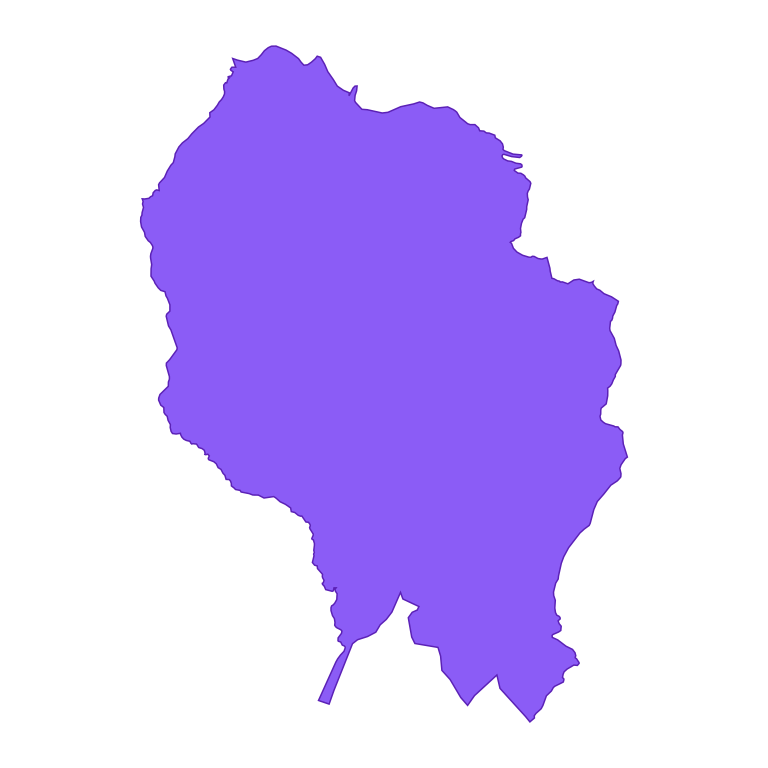 outline of Ilovita, Mehedinti, Romania
{"feature_id": "2599482B41781803047638", "entity_name": "Ilovita", "entity_type": "district", "adm_level": 2, "iso_a3": "ROU", "parent_name": "Romania", "parent_adm1": "Mehedinti", "projection": "mercator", "projection_center": [22.488, 44.769], "detail": "fine", "context": "isolated", "style": "filled", "palette": "violet", "viewbox_px": 768, "rotation_deg": 0, "n_neighbors": 0, "source": "geoboundaries", "source_scale": "gbopen_adm2", "svg_char_len": 6081}
<svg xmlns="http://www.w3.org/2000/svg" viewBox="0 0 768 768"><path d="M318.5,700.5L329.1,704.1L333.9,690.5L352.5,643.7L357.6,639.7L367.6,636.5L375.8,632.2L380.2,624.8L386.3,619.4L391.9,612.1L400.5,592.4L402.9,599.0L418.9,606.5L417.3,610.0L412.2,612.3L408.3,617.7L411.7,637.0L414.9,643.5L438.0,647.4L440.6,656.1L441.9,670.4L450.1,679.5L460.8,697.6L467.6,705.4L474.5,695.6L496.9,675.0L500.0,688.4L525.6,716.6L529.9,721.9L534.4,718.0L534.3,715.7L536.0,713.4L541.2,708.7L542.9,705.5L546.4,695.8L551.4,691.0L553.3,687.6L554.7,686.3L563.3,682.0L563.9,679.7L563.7,678.6L562.5,677.6L563.1,674.3L564.1,671.8L567.2,669.0L573.8,665.1L577.4,665.4L579.1,663.4L579.0,662.5L576.5,658.7L575.3,657.9L575.2,657.2L575.8,655.8L575.0,652.7L572.5,649.4L566.0,646.2L557.7,639.9L552.3,637.4L552.1,635.4L552.9,634.5L558.6,632.0L560.8,630.5L561.2,626.2L559.1,623.6L558.1,620.8L560.2,618.9L560.0,617.4L558.9,616.2L556.8,615.2L555.5,612.6L554.8,608.0L555.3,600.3L553.7,595.5L553.5,592.1L555.7,583.1L558.2,579.0L558.5,576.0L561.3,563.3L563.7,556.8L568.6,547.7L579.9,533.0L584.2,529.1L589.2,525.4L590.2,523.3L593.8,509.6L597.3,501.5L603.6,494.3L610.8,485.2L617.4,480.8L620.3,477.6L620.8,476.8L621.0,473.7L619.8,468.4L621.1,464.7L625.3,458.6L627.4,457.1L623.3,444.0L622.4,435.0L623.0,432.8L622.6,431.6L619.9,429.4L618.0,426.9L615.0,426.8L613.8,426.0L605.5,423.7L603.4,422.3L600.8,419.9L600.0,416.2L600.7,414.2L600.8,409.8L601.2,408.1L606.2,403.9L607.7,395.9L607.8,390.6L607.6,388.1L610.1,386.2L611.8,383.8L613.4,379.8L615.3,376.5L615.3,374.6L620.6,365.5L620.9,364.0L621.0,360.0L618.7,351.0L616.1,345.4L614.3,338.4L610.0,330.6L609.7,328.2L610.5,321.3L611.7,320.4L612.5,318.4L612.8,316.0L614.9,312.1L616.7,305.6L617.8,303.9L618.4,301.3L611.5,296.8L604.0,293.7L599.8,290.2L596.7,288.9L594.2,285.9L592.9,283.7L592.8,282.9L593.3,281.3L591.4,282.4L589.0,282.7L579.3,279.2L573.8,280.0L567.9,283.8L562.5,281.9L560.2,282.0L559.6,281.2L557.4,280.7L553.8,278.7L551.9,278.3L550.2,271.1L549.9,268.2L547.0,257.4L542.4,259.0L541.0,259.0L538.0,258.5L534.1,256.4L532.3,256.3L531.0,257.2L529.0,257.2L522.7,255.3L520.0,253.8L517.0,252.1L513.4,248.3L511.5,243.3L510.2,242.4L510.8,241.6L513.6,240.6L515.0,238.8L518.5,237.3L520.5,235.8L520.5,233.8L520.9,232.5L520.5,228.4L521.5,223.3L523.1,219.2L524.7,217.7L526.7,209.4L526.7,206.7L528.2,199.8L527.5,197.0L527.3,193.4L528.1,191.1L529.4,189.1L530.8,183.3L530.0,181.6L525.6,177.8L524.9,176.2L523.5,174.9L520.9,173.3L517.9,173.1L514.3,170.5L514.6,169.2L515.0,169.0L521.7,167.1L522.1,166.1L521.7,164.6L520.4,163.8L515.9,163.2L511.5,161.4L507.7,160.9L503.8,159.0L502.6,157.8L502.0,156.0L502.7,154.6L503.9,154.3L511.6,156.6L519.7,157.5L521.4,156.3L521.9,155.5L521.7,154.9L513.0,154.1L504.2,150.6L503.0,149.4L503.3,147.1L502.5,143.9L500.1,140.8L495.3,137.8L494.8,135.2L489.2,133.1L486.3,132.9L483.9,131.1L479.7,130.8L478.5,127.8L474.9,124.6L470.1,124.6L467.6,123.7L459.9,117.5L456.8,112.2L455.4,111.0L453.4,109.6L447.7,106.9L434.1,108.3L427.3,105.4L423.0,102.9L419.6,102.0L413.7,103.9L400.7,106.7L388.0,112.3L382.2,113.0L367.2,109.7L361.9,109.3L355.5,102.4L354.6,100.7L355.1,95.4L356.6,90.8L357.1,86.0L355.0,86.1L353.2,87.9L349.0,95.8L349.3,92.8L343.4,90.3L337.3,86.1L333.2,79.4L327.8,71.7L324.6,64.3L320.6,57.3L317.2,56.2L315.3,58.7L311.4,62.2L307.6,64.8L303.9,65.2L301.1,62.2L298.5,58.6L291.6,53.3L286.1,50.1L276.1,46.1L271.4,46.2L268.2,47.7L264.4,50.7L261.3,54.7L257.7,58.5L253.2,60.3L245.8,62.1L237.4,60.1L232.7,58.5L235.7,67.2L231.9,67.2L231.0,68.4L230.4,69.3L230.9,70.3L233.2,71.9L231.5,75.8L228.2,76.7L228.3,78.0L229.2,78.0L227.9,79.4L226.7,82.9L225.5,82.7L223.7,85.1L223.9,89.1L224.6,91.5L224.5,94.0L223.3,96.8L221.5,99.6L219.3,101.9L217.4,105.2L213.9,109.8L209.8,112.7L210.0,117.0L203.7,123.4L198.5,127.0L191.8,133.8L187.9,138.6L182.4,142.9L178.9,146.9L175.2,153.9L174.9,156.6L173.3,162.6L170.9,165.2L167.3,171.0L164.5,177.5L159.5,182.9L158.6,184.7L159.2,190.5L156.7,189.9L155.3,190.4L153.2,192.7L152.6,195.7L150.6,196.7L148.9,198.3L144.6,199.0L142.2,198.8L143.1,201.5L142.5,204.0L143.5,207.4L142.1,212.6L141.9,215.2L140.8,217.3L140.6,221.5L141.5,226.9L144.5,232.3L145.2,236.4L148.2,240.7L150.4,242.5L152.4,245.6L152.9,247.1L152.8,248.5L150.9,253.6L150.5,256.2L150.6,258.1L151.7,264.6L151.1,268.7L151.0,276.2L154.2,281.1L155.0,283.2L158.2,287.8L160.8,290.4L165.0,291.7L166.0,295.9L167.4,298.3L169.9,304.8L169.9,311.1L166.7,314.2L166.2,316.2L168.5,325.9L170.9,329.9L177.2,347.8L176.9,349.7L169.6,359.7L166.4,363.1L166.3,365.6L169.4,376.6L169.4,379.2L168.4,382.0L168.3,386.3L160.0,394.4L158.7,398.1L158.6,400.1L160.8,405.2L163.8,407.5L164.0,412.5L165.2,414.4L167.2,416.3L168.1,420.4L170.4,424.6L170.2,427.5L171.1,431.4L172.5,433.5L176.1,434.0L180.4,433.3L180.6,434.5L181.8,437.0L183.7,439.1L186.2,440.4L189.9,441.3L190.8,443.1L191.7,444.0L193.0,443.7L196.6,444.1L198.7,447.5L202.1,448.6L204.3,450.3L205.1,453.2L204.8,454.4L205.8,454.7L207.8,454.2L209.3,455.9L208.3,458.1L208.3,458.9L208.9,459.8L213.8,461.7L216.3,463.8L218.1,467.6L221.0,469.4L223.0,473.3L224.9,475.3L226.1,479.4L229.3,479.6L230.5,481.1L231.3,483.3L231.4,485.9L234.1,488.0L235.5,489.5L240.1,490.4L241.1,492.0L249.2,493.6L252.8,495.0L258.4,495.1L264.0,498.0L273.7,496.6L275.4,497.6L280.2,501.8L285.4,504.3L290.6,507.9L291.3,511.6L294.8,512.5L298.2,515.3L300.3,516.1L301.9,516.1L305.9,522.0L308.5,522.3L310.0,524.4L310.3,525.8L309.6,527.5L310.0,528.9L313.2,534.0L313.2,535.2L311.8,538.5L312.1,539.3L313.4,539.9L314.4,543.4L314.4,545.3L313.8,550.3L314.3,552.6L313.6,554.1L314.0,555.7L312.4,562.5L314.6,565.2L317.2,565.9L317.5,568.6L322.5,574.3L322.3,576.4L322.6,577.7L324.0,580.3L323.3,582.7L322.3,583.3L322.5,584.3L324.3,586.3L325.7,589.6L332.2,591.3L333.3,590.8L334.0,587.8L336.1,587.8L335.0,589.3L335.4,591.2L337.1,593.7L336.8,599.5L334.8,603.1L333.3,604.8L331.6,605.9L331.0,607.7L331.0,610.6L332.5,615.6L334.4,618.6L335.0,622.5L334.7,625.2L335.6,626.7L336.9,627.8L340.7,629.7L341.9,631.0L341.5,633.3L338.1,637.9L338.0,640.8L338.5,641.3L340.7,642.0L342.3,645.1L344.4,646.0L345.1,646.9L345.2,647.9L344.0,651.3L340.5,655.0L337.7,658.8L335.9,662.0L318.5,700.5Z" fill="#8b5cf6" stroke="#5b21b6" stroke-width="1.5"/></svg>